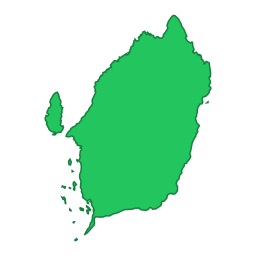 Pulau Morotai, Maluku Utara, Indonesia (Robinson projection)
{"feature_id": "22746128B67952855762127", "entity_name": "Pulau Morotai", "entity_type": "district", "adm_level": 2, "iso_a3": "IDN", "parent_name": "Indonesia", "parent_adm1": "Maluku Utara", "projection": "robinson", "projection_center": [128.365, 2.304], "detail": "fine", "context": "isolated", "style": "filled", "palette": "green", "viewbox_px": 256, "rotation_deg": 0, "n_neighbors": 0, "source": "geoboundaries", "source_scale": "gbopen_adm2", "svg_char_len": 5701}
<svg xmlns="http://www.w3.org/2000/svg" viewBox="0 0 256 256"><path d="M181.7,26.2L181.1,23.9L178.4,19.0L175.3,15.9L173.5,15.4L171.9,16.5L168.5,21.3L167.0,25.3L167.9,28.3L164.7,33.2L163.4,34.5L163.2,36.8L161.9,38.0L160.1,38.2L157.7,36.6L156.3,37.0L156.0,37.9L154.9,38.1L154.2,37.6L153.5,35.7L151.4,34.9L150.5,33.7L149.9,33.9L150.2,35.1L149.7,35.2L147.7,32.2L147.1,32.5L147.5,33.2L147.4,34.4L146.6,34.6L145.2,33.4L145.4,32.5L144.7,31.3L143.1,31.8L141.4,35.4L140.5,34.9L140.3,36.4L139.2,36.6L138.9,37.6L138.5,37.7L139.1,39.1L139.0,39.9L138.5,40.6L136.6,41.2L135.0,39.2L134.9,40.3L133.9,40.9L134.1,41.8L133.0,44.7L133.3,45.5L131.2,46.7L130.8,47.7L131.0,48.5L130.1,49.4L130.2,50.5L129.7,51.3L130.0,51.9L128.2,52.7L128.8,53.0L128.7,54.0L127.5,54.8L126.5,53.7L126.0,53.7L125.9,54.7L124.5,54.7L123.9,55.6L122.4,56.1L121.0,57.5L119.4,57.1L119.6,58.5L118.2,59.5L118.6,60.5L118.2,61.5L117.6,61.5L117.3,60.7L116.3,61.1L114.9,60.6L114.1,60.8L113.8,61.8L112.7,62.3L110.5,65.2L111.1,66.8L111.5,66.3L111.9,66.4L111.5,66.4L111.5,67.2L108.4,68.6L108.7,68.9L108.0,69.8L106.7,69.6L106.0,70.7L105.8,72.2L104.9,71.8L102.9,72.7L103.1,73.6L102.4,74.9L101.8,75.1L101.9,75.5L101.1,75.5L99.9,77.1L99.2,79.4L98.5,79.8L98.4,80.5L98.1,80.3L97.7,81.4L95.4,82.2L95.1,83.5L95.9,84.9L94.4,86.5L94.3,87.3L95.3,88.8L95.0,91.2L95.8,92.2L92.3,99.6L92.1,101.6L92.7,102.8L91.7,105.5L89.1,108.5L88.7,110.2L86.2,112.8L85.2,114.5L85.2,115.4L82.0,117.7L81.2,119.2L81.3,120.5L79.4,122.2L79.1,123.2L76.4,124.0L75.9,125.7L72.6,127.2L70.8,128.7L70.3,130.2L67.9,132.4L66.6,134.9L66.1,136.3L67.6,136.8L69.7,136.7L71.7,135.9L73.5,136.9L74.2,138.3L73.6,139.3L75.3,140.9L76.0,143.0L76.9,143.1L77.3,145.2L80.5,145.9L80.3,146.6L81.4,146.6L80.3,148.1L81.3,148.2L81.5,149.8L80.3,151.1L79.8,155.5L80.2,157.4L79.6,159.1L78.6,160.6L79.3,161.7L81.0,162.7L80.9,164.7L81.4,165.7L81.0,170.9L79.7,174.5L79.6,176.2L79.9,178.5L81.0,181.1L80.4,187.5L81.8,189.6L81.4,191.7L82.8,194.6L82.6,197.4L87.5,201.2L88.9,199.7L90.0,199.4L91.9,202.7L91.5,203.7L91.6,205.1L93.6,207.9L93.4,209.4L93.7,209.2L94.2,210.4L93.4,211.4L93.5,211.9L93.0,211.8L93.5,212.0L93.7,213.3L92.5,216.0L92.4,218.7L91.3,222.1L90.5,223.0L89.7,226.3L89.0,227.7L87.6,229.1L84.4,234.8L87.4,232.7L93.9,225.4L93.9,224.5L94.5,223.6L94.2,218.3L96.0,216.6L98.9,217.1L103.1,217.0L105.9,215.8L109.4,215.9L113.8,213.7L117.3,212.9L124.2,209.7L132.8,209.1L135.1,208.2L138.8,208.1L141.1,209.8L145.8,210.3L148.2,209.5L149.0,208.2L150.0,207.7L151.1,207.7L152.8,209.2L155.9,208.8L160.8,205.6L161.5,203.6L161.6,201.9L162.3,201.3L163.9,201.3L166.7,198.3L167.4,195.3L168.3,194.4L169.4,193.7L172.0,193.4L172.2,193.8L172.5,193.5L173.4,194.1L174.3,194.1L175.8,193.1L177.0,191.5L177.5,189.8L177.5,186.3L176.5,184.6L176.2,183.1L177.4,180.5L178.9,179.1L179.7,175.1L181.8,172.9L181.5,170.6L183.1,167.4L184.1,166.4L184.2,164.4L185.0,163.6L186.6,163.2L187.0,161.9L189.1,159.7L190.2,157.8L190.7,156.4L190.1,155.0L189.9,152.2L190.5,151.5L192.3,142.5L194.9,137.3L195.5,136.9L196.4,133.4L196.8,133.4L197.7,131.7L197.4,129.1L199.2,126.1L199.2,125.5L196.8,122.8L195.5,118.7L195.8,117.1L196.6,116.1L196.6,114.3L197.3,112.2L197.3,110.0L198.0,107.1L200.1,104.0L201.7,103.9L202.5,103.1L202.7,101.3L202.4,101.3L202.0,99.3L202.6,97.6L203.5,96.8L205.7,96.3L207.8,94.3L209.2,92.5L209.3,90.6L210.3,89.8L210.9,88.3L210.5,87.2L209.6,86.6L209.7,86.0L209.4,86.4L208.8,85.9L210.2,83.1L210.4,81.7L209.0,77.5L209.4,76.7L210.4,76.8L210.5,76.2L210.5,72.2L209.1,62.8L206.2,61.4L204.8,63.8L204.1,63.8L203.9,61.9L202.1,59.3L201.4,59.1L201.3,56.3L200.5,55.0L199.2,54.5L199.1,55.4L198.5,55.5L196.4,52.2L194.1,53.2L193.4,52.1L193.0,52.2L192.7,51.2L193.9,50.1L194.0,49.1L192.9,46.6L192.4,42.4L191.9,42.0L190.5,42.9L187.7,41.4L186.6,39.9L185.6,37.6L185.9,36.8L186.8,36.4L184.0,29.5L181.7,26.2ZM62.0,107.5L61.4,105.9L60.2,104.7L60.8,102.6L60.7,100.6L59.5,98.7L58.6,94.7L57.3,92.2L55.6,92.8L53.8,94.2L50.5,99.9L49.9,102.2L51.0,104.4L50.7,106.2L50.0,107.5L48.9,107.7L46.9,112.2L47.1,113.2L48.6,114.0L48.4,115.2L47.5,116.1L46.1,115.4L45.1,118.3L45.5,120.4L46.9,122.0L46.5,124.1L49.3,129.6L50.6,130.9L52.9,132.0L54.9,132.2L55.6,133.4L58.8,132.3L60.7,132.4L62.7,129.4L63.5,127.2L62.9,125.9L61.7,126.3L60.2,124.5L61.0,123.1L61.0,121.5L60.5,120.8L61.2,120.5L60.6,118.7L61.8,116.3L61.2,113.9L61.9,112.9L61.9,110.6L62.7,107.7L62.0,107.5ZM70.4,165.0L71.3,162.1L70.0,159.2L68.7,161.1L68.6,163.0L69.2,164.7L70.4,165.0ZM74.5,181.9L73.5,182.2L73.2,183.5L73.4,185.7L74.2,186.5L76.4,184.5L74.5,181.9ZM62.9,197.7L62.0,197.2L62.9,199.2L64.5,199.8L65.2,201.2L65.1,202.9L65.8,204.1L65.1,198.5L64.0,197.1L62.9,197.7ZM81.7,208.9L80.9,207.7L79.9,208.1L80.5,209.9L81.2,210.2L82.0,209.3L82.4,210.6L83.1,210.7L83.5,209.9L83.1,208.8L82.5,208.5L81.7,208.9ZM87.2,210.1L86.8,210.3L86.9,211.3L87.6,213.5L88.2,213.8L88.5,213.0L88.0,211.3L87.2,210.1ZM54.8,134.9L55.6,134.3L55.0,133.4L53.4,133.9L52.9,134.7L54.8,134.9ZM75.8,240.6L77.2,239.6L76.6,238.6L74.9,240.0L75.1,240.6L75.8,240.6ZM90.5,209.8L89.3,208.2L88.6,209.2L89.0,210.2L89.9,210.7L90.5,209.8ZM74.6,190.1L74.8,188.2L74.6,187.2L73.7,188.0L73.5,188.8L73.7,189.7L74.6,190.1ZM66.0,186.7L63.4,186.7L63.4,187.1L64.9,188.2L65.5,186.8L66.0,186.7ZM88.4,207.3L86.6,205.9L86.6,206.7L87.7,207.9L88.4,207.3ZM71.0,210.8L71.1,210.4L69.8,209.1L69.8,210.3L71.0,210.8ZM88.3,202.6L87.3,202.6L87.5,203.2L88.5,203.5L88.3,202.6ZM73.1,171.5L72.2,170.7L72.2,171.8L73.1,171.5ZM74.4,221.8L73.5,221.8L73.2,222.6L73.8,222.8L74.4,221.8ZM71.1,188.3L69.7,187.7L68.8,187.3L69.7,188.3L71.1,188.3ZM77.7,160.1L76.9,159.7L76.8,160.2L77.4,161.2L77.7,160.1ZM207.0,102.7L208.0,102.6L208.0,101.9L207.0,102.7ZM90.3,202.0L90.6,201.9L90.7,200.9L89.9,201.4L90.3,202.0ZM62.8,186.5L62.6,185.9L62.3,185.9L62.2,186.8L62.8,186.5Z" fill="#22c55e" stroke="#15803d" stroke-width="1.5"/></svg>